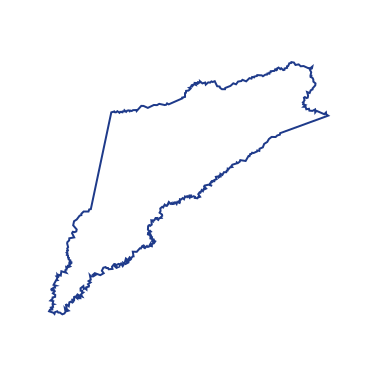 Cartagena Del Chairá, Caquetá, Colombia (orthographic projection), rotated 102°
{"feature_id": "7082276B3129505860922", "entity_name": "Cartagena Del Chairá", "entity_type": "district", "adm_level": 2, "iso_a3": "COL", "parent_name": "Colombia", "parent_adm1": "Caquetá", "projection": "orthographic", "projection_center": [-73.934, 0.797], "detail": "fine", "context": "isolated", "style": "outline", "palette": "blue", "viewbox_px": 384, "rotation_deg": 102, "n_neighbors": 0, "source": "geoboundaries", "source_scale": "gbopen_adm2", "svg_char_len": 6016}
<svg xmlns="http://www.w3.org/2000/svg" viewBox="0 0 384 384"><g transform="rotate(102 192 192)"><path d="M62.1,93.6L60.1,93.8L58.8,96.2L56.6,96.8L55.2,98.0L54.9,99.7L53.5,99.5L53.6,100.3L50.1,100.3L47.6,102.3L46.2,100.4L44.3,100.4L46.3,102.0L46.6,104.4L45.6,109.0L46.4,111.8L45.0,114.2L46.2,117.2L44.2,119.2L44.3,121.8L45.2,121.9L45.9,123.6L48.7,124.1L49.3,125.2L50.8,124.8L51.9,127.1L53.3,127.0L53.8,128.1L52.4,130.5L53.4,131.2L52.3,133.2L53.5,134.5L54.7,134.2L55.4,134.9L54.7,136.1L56.4,136.6L57.5,140.1L58.6,140.0L59.2,141.2L60.2,141.0L60.4,142.9L61.6,143.1L61.9,144.6L64.0,146.7L63.4,148.0L64.1,152.5L65.0,152.6L66.2,155.1L66.9,155.1L67.0,157.1L68.7,157.4L68.7,159.5L72.5,162.0L71.8,166.0L73.2,166.8L74.4,169.9L77.5,171.3L77.1,174.2L80.2,176.4L83.3,181.1L84.6,181.1L85.2,184.1L84.4,186.0L83.1,186.9L83.3,189.4L78.9,192.8L80.1,194.6L79.8,196.0L81.2,197.0L81.4,198.9L84.1,200.9L82.2,201.9L83.6,204.4L82.1,207.1L83.0,206.8L83.2,208.3L83.7,207.8L85.1,209.1L84.4,209.9L84.7,211.8L86.4,210.7L86.1,212.4L87.7,213.3L87.0,213.5L87.6,214.5L89.9,215.1L90.6,216.3L91.1,214.9L92.0,215.4L93.5,216.5L94.3,218.8L96.2,218.6L96.7,219.4L100.4,218.6L101.7,221.2L102.4,220.9L111.1,233.0L110.5,234.8L111.9,235.3L112.6,236.7L112.6,242.4L114.3,244.3L114.8,247.4L118.9,252.7L117.9,257.3L118.3,259.5L124.3,263.0L123.4,263.5L124.2,266.7L125.3,267.8L125.2,269.3L126.0,269.7L125.3,270.8L125.9,272.3L127.3,273.1L126.1,275.1L127.4,275.3L127.7,276.7L128.5,276.7L128.5,278.9L129.6,279.4L128.5,281.8L129.9,283.0L130.0,284.5L129.4,284.8L130.9,287.5L229.8,287.4L230.4,288.9L232.6,289.2L233.6,293.9L236.3,295.7L237.6,295.4L238.5,297.0L242.8,299.0L245.1,301.3L249.3,301.3L252.6,297.0L254.6,297.0L255.7,298.5L255.7,300.3L257.2,300.8L260.9,297.8L262.8,302.4L264.9,302.1L267.0,303.5L268.4,303.4L271.7,301.7L273.2,302.3L274.8,301.3L275.3,302.0L276.5,301.4L277.4,302.1L278.5,300.8L279.6,301.3L280.1,300.0L282.0,299.6L282.1,298.7L283.6,298.6L284.2,296.8L285.3,297.0L285.7,295.6L286.5,295.9L285.8,296.7L286.3,297.3L287.7,297.1L287.4,295.8L289.4,297.1L290.1,295.7L291.0,297.0L290.4,298.2L291.9,298.3L291.6,299.4L294.0,298.6L294.7,299.6L295.9,299.5L297.1,298.2L296.7,303.3L301.0,303.0L300.7,304.8L302.1,305.0L300.8,306.6L302.4,306.2L302.7,307.0L303.7,305.8L305.6,306.2L306.2,305.3L306.7,306.6L311.6,308.1L311.9,305.7L312.4,306.9L314.0,306.1L314.6,307.8L316.0,307.9L316.0,309.2L316.8,309.3L317.4,308.3L316.7,306.3L317.6,305.6L320.0,307.0L321.1,304.4L323.0,304.1L324.1,306.4L325.4,306.2L327.6,307.8L327.6,305.0L330.3,305.1L330.5,303.8L331.1,304.9L333.3,304.0L334.4,306.0L335.6,305.0L334.6,304.5L335.9,304.2L336.7,306.5L338.4,307.0L338.9,302.5L339.8,301.2L338.0,301.0L336.7,299.0L337.7,297.8L337.4,296.2L338.6,293.4L337.4,291.6L335.5,290.8L332.3,292.1L334.4,289.4L333.7,288.1L332.8,290.0L328.6,291.8L328.2,291.2L329.3,288.8L325.4,289.0L324.5,287.8L325.0,286.0L323.8,285.2L323.0,285.3L322.2,287.6L322.1,284.9L319.2,285.5L318.7,284.7L319.6,282.8L318.2,283.6L316.0,282.7L316.5,281.4L319.5,281.2L319.1,279.2L317.0,280.4L317.2,277.6L315.4,279.4L312.9,277.5L312.8,278.7L311.5,278.9L311.7,280.4L309.4,281.0L306.6,278.7L309.3,277.7L308.5,276.6L309.3,275.0L307.1,275.5L306.0,273.3L304.9,273.3L303.8,274.6L301.5,272.4L300.6,274.6L298.8,272.8L294.7,274.5L295.5,273.4L295.1,271.1L293.3,269.2L293.2,271.4L291.6,270.2L292.4,264.4L289.8,261.5L287.8,263.8L284.5,263.0L283.4,260.9L284.2,260.0L283.8,258.4L284.9,257.5L283.8,253.8L281.7,254.7L278.6,253.1L278.6,252.2L280.7,252.1L281.9,250.1L281.1,249.0L281.0,250.9L279.5,251.0L277.6,248.9L277.6,247.9L278.8,247.4L276.7,246.5L278.9,244.4L277.6,243.9L275.5,244.6L276.3,242.1L274.2,239.6L272.9,240.5L274.1,243.0L270.8,242.8L272.5,239.5L270.9,238.1L270.2,239.9L268.8,239.4L269.6,237.8L267.4,236.7L267.1,235.8L262.7,237.5L262.0,233.6L257.9,231.3L257.9,230.3L255.3,229.5L254.3,228.2L254.7,227.6L255.9,228.6L256.7,226.4L254.2,224.8L254.9,223.9L254.5,222.9L251.4,221.9L253.4,221.1L253.4,220.0L251.3,220.5L250.1,218.6L247.9,217.7L247.6,218.8L249.1,219.4L248.7,220.7L247.2,220.9L246.5,218.7L246.1,223.0L245.1,222.9L244.6,220.9L244.3,223.2L243.6,222.7L242.4,223.6L243.0,223.9L242.6,226.3L241.3,226.4L241.5,224.9L240.4,225.5L239.3,224.0L238.9,224.6L239.8,225.0L237.9,227.3L234.7,227.8L233.7,227.5L233.2,226.7L233.8,225.9L232.3,224.6L228.4,225.8L228.8,224.3L227.9,224.7L227.6,223.0L225.0,222.2L224.7,220.9L225.6,220.9L226.3,219.2L224.4,218.6L223.7,216.5L223.1,217.2L221.5,216.2L220.3,216.6L219.0,219.4L217.1,218.8L214.7,219.6L212.7,218.1L213.1,217.0L210.0,216.1L211.0,214.4L210.6,213.5L209.6,213.5L208.6,212.0L208.8,213.1L206.6,212.6L208.0,210.4L206.9,209.4L207.9,208.9L207.4,207.3L206.1,207.4L205.6,206.4L207.0,204.6L204.9,204.4L205.2,202.4L204.1,202.8L204.3,201.8L201.6,202.3L201.6,201.1L199.9,199.8L200.7,198.3L197.9,197.9L198.2,197.3L197.2,196.0L197.9,195.5L197.0,194.6L197.8,193.5L195.9,193.7L195.6,192.3L197.4,192.2L195.8,189.5L196.1,188.0L197.2,188.0L197.0,185.4L194.7,184.5L195.5,184.0L195.0,183.1L192.8,185.4L190.7,184.5L190.9,183.6L188.1,182.9L188.9,181.5L186.4,181.1L186.7,180.2L185.7,178.9L184.0,181.3L183.1,181.0L181.4,177.4L181.8,173.6L181.3,175.8L179.9,176.2L178.4,174.7L177.9,175.3L177.1,174.8L176.5,173.1L177.6,172.3L175.6,172.6L174.3,170.6L172.2,171.8L171.2,169.4L172.2,168.9L171.1,167.9L171.2,169.0L170.2,168.6L170.6,167.5L168.3,167.9L168.9,165.8L166.0,164.9L165.5,162.6L164.0,162.5L163.7,161.7L161.9,161.9L162.2,161.1L160.1,160.0L159.2,157.9L158.5,158.9L156.9,158.2L154.7,154.2L153.8,154.3L154.2,153.2L152.4,151.6L150.8,151.4L150.5,146.0L145.0,144.2L145.0,143.2L142.7,142.9L142.4,141.8L141.1,141.4L141.1,139.9L138.8,136.8L137.8,136.8L137.8,134.7L135.6,134.9L133.6,132.0L129.9,131.4L127.4,128.8L124.2,127.8L121.6,125.6L120.8,121.6L118.9,120.3L117.7,118.0L116.1,118.0L89.0,74.7L88.1,76.9L86.4,77.5L88.4,78.8L86.7,87.1L88.5,88.0L85.7,88.8L87.6,91.0L88.0,94.1L86.3,94.9L87.3,97.4L85.1,98.6L85.4,100.5L83.4,99.0L83.1,101.5L81.7,101.3L81.4,102.1L78.9,101.0L76.5,102.1L75.7,101.3L76.3,99.4L75.6,98.4L73.5,98.5L70.3,100.2L70.7,97.5L67.8,97.0L66.6,95.4L65.6,95.6L62.1,93.6Z" fill="none" stroke="#1e3a8a" stroke-width="2"/></g></svg>